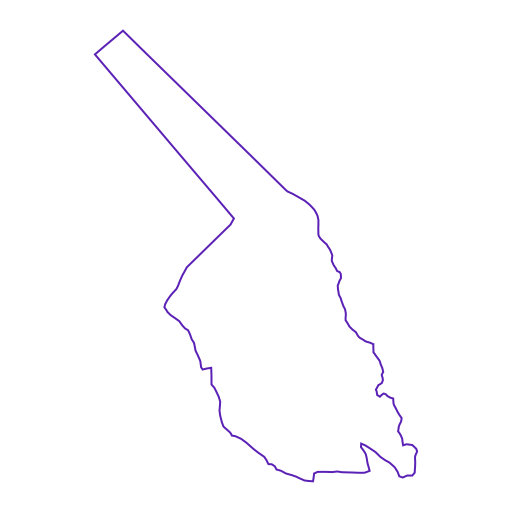 Homa Bay, Nyanza, Kenya (orthographic projection)
{"feature_id": "3690345B18622928067574", "entity_name": "Homa Bay", "entity_type": "district", "adm_level": 2, "iso_a3": "KEN", "parent_name": "Kenya", "parent_adm1": "Nyanza", "projection": "orthographic", "projection_center": [34.502, -0.52], "detail": "fine", "context": "isolated", "style": "outline", "palette": "violet", "viewbox_px": 512, "rotation_deg": 0, "n_neighbors": 0, "source": "geoboundaries", "source_scale": "gbopen_adm2", "svg_char_len": 3170}
<svg xmlns="http://www.w3.org/2000/svg" viewBox="0 0 512 512"><path d="M414.7,472.7L414.9,469.0L415.1,466.6L415.2,463.0L415.2,461.2L415.0,458.1L415.1,456.6L415.4,455.4L417.1,451.5L416.3,448.9L413.7,446.3L412.2,445.0L409.0,444.6L407.7,444.3L406.4,444.3L403.1,445.3L402.5,441.7L402.2,438.7L400.8,435.4L399.3,432.9L398.1,431.4L398.6,428.2L398.8,426.6L399.4,424.9L401.0,421.7L401.4,420.0L401.6,418.0L399.3,414.8L397.3,411.4L396.4,409.5L395.8,408.3L394.0,405.1L393.5,403.4L393.3,400.5L393.2,398.5L390.3,397.7L389.2,397.0L387.6,396.2L385.8,394.3L384.6,393.8L383.4,393.6L381.0,395.5L379.9,396.7L377.2,395.0L376.6,391.2L375.9,389.7L378.4,385.1L379.8,384.4L381.9,382.9L382.9,380.1L382.6,377.9L381.7,374.9L382.4,373.4L383.2,372.0L382.4,368.4L381.7,366.7L380.7,364.3L379.8,361.3L379.1,360.0L378.2,358.8L376.1,356.0L374.4,353.5L373.5,352.5L373.3,345.8L373.4,344.2L370.0,342.7L366.3,341.6L364.8,340.9L363.3,339.8L360.1,338.0L358.8,336.9L357.7,335.4L355.8,332.1L352.4,329.5L349.5,326.6L347.3,322.8L345.6,320.3L345.6,317.9L345.8,315.4L345.8,313.4L345.6,312.1L345.0,309.2L343.5,306.3L342.8,304.5L342.3,303.1L341.3,300.4L341.0,299.1L340.6,298.0L338.9,294.9L338.5,292.0L338.0,289.6L337.8,286.6L337.8,285.3L338.5,283.7L339.6,280.6L340.3,279.4L341.0,278.0L340.8,274.1L339.8,272.2L337.2,271.1L335.5,267.8L334.7,266.7L333.6,265.0L332.3,262.1L331.9,261.0L331.8,259.5L332.1,257.2L332.3,255.5L331.2,252.4L329.9,249.5L329.1,248.3L328.3,247.2L326.6,244.3L325.0,243.0L322.2,240.3L320.6,238.8L318.9,236.2L318.4,234.5L318.3,229.5L318.3,227.4L318.4,225.4L318.4,220.0L317.6,216.1L316.7,214.0L315.3,211.4L314.2,209.6L313.2,208.5L310.4,205.5L309.1,204.3L308.2,203.5L304.7,200.7L292.6,193.8L287.8,191.6L286.2,190.4L252.9,157.7L251.9,156.7L141.9,49.3L123.0,30.7L104.3,46.4L94.9,54.4L178.9,153.6L218.4,200.1L233.9,218.5L230.5,224.6L226.5,228.5L186.8,267.3L184.5,271.6L182.5,275.1L180.5,279.5L179.3,282.4L178.1,285.7L176.4,289.0L172.1,293.7L171.1,294.9L170.0,296.3L167.1,300.5L165.2,304.1L164.4,307.3L166.6,310.4L167.4,311.9L170.6,315.1L174.4,317.7L179.2,321.1L182.4,325.5L185.0,328.4L188.1,330.3L190.0,334.3L191.7,339.3L194.0,342.8L194.7,346.3L195.6,350.8L198.0,355.7L200.3,361.1L201.1,367.2L202.6,369.5L206.4,368.6L211.2,367.8L211.4,372.9L211.5,378.4L211.5,384.5L214.4,387.8L216.3,391.6L218.7,396.7L220.2,401.6L219.9,406.0L219.5,410.6L220.2,415.7L221.9,422.3L223.5,426.6L226.4,429.2L229.6,432.0L230.9,433.6L231.9,435.6L235.4,436.2L240.9,438.7L246.3,442.6L250.8,446.6L253.9,449.3L256.5,451.3L257.6,452.2L260.9,454.5L264.2,456.8L266.4,460.0L268.4,464.1L271.8,464.3L274.8,466.3L276.5,469.5L280.8,470.7L286.0,473.5L291.7,475.1L295.8,476.5L300.0,478.5L304.6,480.5L308.7,481.0L313.0,481.3L313.6,477.9L314.1,473.5L317.6,471.9L321.7,471.9L326.8,471.9L332.1,472.1L337.4,471.5L341.8,472.2L347.8,472.4L352.4,472.5L356.8,472.7L360.7,472.8L364.7,472.7L369.6,470.9L368.7,467.3L367.7,463.9L367.3,462.0L366.7,458.1L365.9,454.6L365.1,452.9L363.1,449.9L362.1,448.6L361.0,447.2L361.2,443.6L365.3,445.4L369.4,448.0L375.4,452.0L380.4,456.9L385.0,460.1L389.5,462.6L392.2,465.0L393.9,466.5L395.0,467.7L397.6,471.8L399.3,476.3L402.7,477.5L407.3,475.5L412.2,475.6L414.7,472.7Z" fill="none" stroke="#5b21b6" stroke-width="2"/></svg>